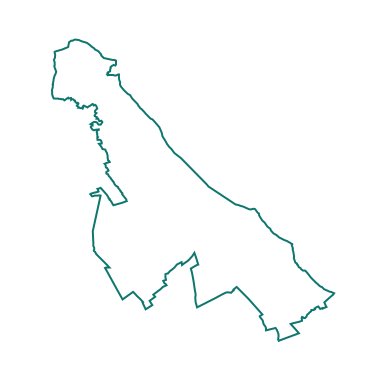 the district of Todiresti, Iasi, Romania, rotated 7°
{"feature_id": "2599482B85852318725472", "entity_name": "Todiresti", "entity_type": "district", "adm_level": 2, "iso_a3": "ROU", "parent_name": "Romania", "parent_adm1": "Iasi", "projection": "equal_earth", "projection_center": [26.831, 47.342], "detail": "fine", "context": "isolated", "style": "outline", "palette": "teal", "viewbox_px": 384, "rotation_deg": 7, "n_neighbors": 0, "source": "geoboundaries", "source_scale": "gbopen_adm2", "svg_char_len": 5887}
<svg xmlns="http://www.w3.org/2000/svg" viewBox="0 0 384 384"><g transform="rotate(7 192 192)"><path d="M136.2,307.1L145.7,298.3L148.8,300.8L150.0,301.9L152.9,304.0L153.5,304.4L156.8,307.2L156.3,307.6L160.3,314.1L166.4,309.1L163.2,305.2L168.2,300.5L166.1,298.6L172.7,292.2L174.2,290.3L174.6,289.8L178.1,287.7L177.2,286.6L175.7,285.9L174.3,283.7L176.9,282.4L176.0,279.8L175.8,278.1L175.7,276.7L176.6,276.2L177.9,275.9L180.0,272.9L181.1,272.0L183.8,269.1L186.0,265.7L190.2,262.9L191.0,265.7L193.0,263.7L195.9,261.2L197.0,260.0L200.0,255.8L201.8,252.1L204.4,257.4L207.0,263.3L206.3,263.5L205.3,264.2L200.2,268.1L201.8,272.1L203.0,275.8L204.4,280.3L206.6,288.4L207.6,291.5L208.2,294.0L208.1,296.1L208.2,296.9L209.0,300.8L211.1,305.9L228.5,294.2L234.5,289.9L238.1,287.6L239.8,287.2L243.2,287.2L244.7,284.9L245.1,284.9L245.6,284.1L245.6,283.5L245.4,283.4L247.9,280.8L261.0,291.1L276.8,305.0L274.4,307.0L274.5,307.3L275.3,308.4L277.5,310.5L278.0,311.3L278.8,313.6L279.8,315.2L281.1,316.4L281.5,316.9L282.2,318.7L282.3,320.3L291.5,316.8L292.9,318.4L294.5,321.1L295.1,322.5L295.5,324.7L295.4,326.2L295.6,327.2L295.4,327.8L295.8,328.3L296.2,329.1L315.3,319.2L311.2,315.4L306.0,311.0L307.6,310.2L314.5,307.6L316.9,306.4L316.7,305.2L316.2,304.2L316.2,303.6L316.5,302.6L317.9,303.0L318.4,303.5L319.5,303.4L320.8,301.8L321.0,300.5L321.5,299.4L322.5,298.6L323.2,297.3L324.3,296.4L324.8,295.8L324.9,294.5L326.8,294.5L328.4,293.4L327.9,292.6L329.9,291.0L331.3,290.2L333.5,292.5L335.6,291.3L335.9,291.8L339.5,289.7L338.7,288.7L336.8,285.4L341.6,279.9L343.7,277.6L344.2,277.2L345.4,275.2L342.5,274.3L340.6,274.1L334.8,272.3L332.5,270.4L331.4,270.3L329.9,269.6L328.2,268.2L326.1,266.9L320.5,262.5L317.5,259.4L314.1,256.3L313.3,256.3L311.8,256.5L309.7,255.3L308.9,254.2L307.3,253.6L306.8,253.3L306.5,252.3L306.3,251.9L305.2,251.3L305.0,251.0L305.2,250.8L305.0,250.5L304.6,250.0L303.4,249.6L302.9,249.0L302.6,248.1L302.2,247.5L301.1,245.0L301.2,243.7L300.2,240.1L298.8,236.3L299.0,235.9L299.0,235.5L297.6,232.9L297.6,232.2L297.9,231.7L297.8,231.4L296.8,231.2L295.4,230.3L294.2,230.0L292.6,229.2L289.4,228.4L284.1,226.5L281.0,224.4L278.0,223.2L275.2,220.8L274.2,219.0L271.1,217.2L267.6,213.3L265.4,211.9L262.8,208.8L261.4,206.9L261.4,206.0L260.9,205.1L260.2,204.9L259.0,203.8L256.8,201.4L256.0,201.1L254.9,201.2L252.7,202.1L251.0,202.2L244.0,200.1L242.6,200.0L239.1,199.2L236.8,199.1L207.6,184.5L205.9,182.8L176.9,159.7L169.8,155.5L166.1,151.6L163.6,149.8L162.7,148.7L161.7,147.8L159.4,144.6L155.9,140.3L154.8,137.0L151.7,131.7L147.0,127.4L144.0,124.8L141.9,124.2L136.1,119.6L134.9,118.4L131.8,115.8L130.6,115.3L129.5,114.0L128.5,113.2L127.8,112.1L127.1,111.2L121.2,106.5L118.8,103.4L116.2,102.4L111.6,98.9L108.7,96.1L107.7,94.8L107.4,93.9L107.3,91.7L106.1,89.7L105.4,86.5L105.3,84.7L105.1,84.2L104.0,84.6L102.6,85.5L101.7,85.8L101.1,85.8L99.5,85.5L95.1,86.0L94.1,86.4L93.4,85.6L94.3,85.1L94.4,84.8L94.3,84.4L93.7,84.0L93.7,83.7L96.0,82.2L95.8,80.1L96.2,79.3L95.9,78.1L96.9,76.8L98.7,75.5L100.5,75.8L101.0,74.7L100.6,70.9L100.1,70.7L98.5,70.4L97.0,70.6L88.1,69.8L85.3,67.6L85.0,66.5L81.8,63.6L78.6,62.5L78.2,62.3L77.8,61.7L77.3,61.3L74.9,60.1L72.8,58.6L69.6,56.8L67.5,56.4L64.8,56.0L60.8,54.9L59.5,55.0L57.5,54.9L56.6,55.3L55.0,56.4L54.3,56.4L53.7,56.6L51.8,58.2L51.5,60.9L51.5,63.0L51.4,63.2L46.0,66.3L39.9,68.9L38.6,69.6L38.7,70.5L39.5,72.5L39.6,75.5L38.8,77.7L39.8,79.7L40.3,83.2L40.1,83.4L40.0,84.0L41.0,86.2L41.9,87.8L42.6,89.3L41.9,92.4L41.4,93.3L40.9,97.1L41.0,98.5L40.8,99.9L40.9,101.0L40.7,101.5L40.6,102.1L40.9,102.3L41.0,102.8L40.9,103.6L41.0,105.3L40.6,108.1L40.9,109.2L41.3,112.0L41.9,113.6L43.3,116.0L45.7,115.9L47.6,115.6L48.6,115.8L50.3,115.6L50.8,115.9L52.7,115.6L54.2,116.6L57.6,113.5L58.4,114.2L60.4,113.5L60.8,115.2L61.6,114.4L63.1,114.6L63.8,115.4L64.7,115.5L64.9,116.0L64.8,116.4L67.1,118.1L67.8,117.4L68.4,117.8L68.5,118.2L68.2,118.8L67.2,120.5L68.9,121.4L69.4,121.8L69.2,122.1L69.9,122.0L70.8,122.4L72.2,122.2L73.3,122.6L73.7,121.5L73.2,120.6L73.8,119.6L74.1,119.4L77.9,120.8L78.3,120.2L78.8,120.0L79.1,119.6L80.3,118.9L82.4,116.9L82.8,116.8L82.9,117.2L84.1,118.1L85.2,117.3L86.2,117.9L86.8,118.8L87.8,120.8L86.9,121.7L85.9,123.3L85.9,124.4L86.1,124.7L87.5,125.3L87.3,125.5L86.0,127.8L86.0,128.2L86.3,128.6L88.5,129.4L88.3,130.9L89.9,130.6L91.3,132.9L92.6,132.7L93.4,132.3L94.5,133.6L93.2,136.2L91.0,136.5L89.3,134.7L88.2,134.3L87.3,134.4L86.6,134.3L85.3,135.0L83.2,136.9L85.1,137.2L85.0,137.7L85.2,138.0L85.2,138.3L84.2,138.4L83.6,139.6L83.6,139.9L85.6,142.2L87.2,142.7L88.0,142.3L89.2,141.8L91.4,141.5L91.8,141.2L91.9,141.4L91.8,141.9L91.2,142.0L90.3,142.8L90.1,143.8L90.1,144.1L90.8,145.5L90.7,146.1L91.1,146.9L91.3,148.7L92.0,149.0L91.4,150.2L91.9,151.8L94.4,151.4L95.7,152.3L96.5,154.4L96.5,154.9L93.8,155.5L96.6,158.3L98.0,160.3L100.8,160.5L101.0,160.7L101.4,161.8L102.8,163.6L103.9,166.5L104.0,167.9L104.5,169.6L104.7,170.6L106.0,171.4L106.5,171.8L106.7,172.3L104.0,173.4L101.8,174.7L102.6,175.3L103.1,176.1L103.3,177.5L103.7,178.2L104.7,178.4L106.3,180.5L106.5,181.0L106.2,181.3L104.6,182.4L104.6,183.3L104.7,184.0L105.8,184.6L106.6,184.7L107.3,186.1L110.0,188.5L110.5,189.5L111.3,189.9L112.1,191.1L112.4,191.1L112.8,191.4L114.4,193.9L115.6,195.0L117.6,195.9L117.5,196.1L121.2,199.9L121.1,200.2L121.4,200.5L122.8,201.4L123.1,201.8L122.8,202.3L122.9,202.7L127.7,207.4L127.9,208.4L128.3,209.0L123.8,211.3L115.7,214.7L115.4,214.2L115.1,214.2L113.2,211.6L111.9,210.2L111.2,209.8L111.4,209.4L111.3,209.1L110.1,208.6L109.7,207.5L107.6,205.0L100.8,199.0L99.1,200.0L97.8,200.4L99.2,202.9L98.1,203.5L95.5,204.4L92.2,205.8L91.3,206.5L93.2,208.4L94.1,208.3L96.2,207.3L97.1,207.4L100.7,206.6L101.7,206.7L98.3,243.0L100.3,254.7L100.6,257.5L101.5,258.9L101.8,259.6L101.9,260.9L101.7,262.2L101.9,262.5L103.1,263.2L104.6,265.4L117.4,275.4L117.6,275.8L119.2,277.0L116.9,277.4L115.8,277.4L114.9,278.0L116.0,279.3L130.3,299.1L136.2,307.1Z" fill="none" stroke="#0f766e" stroke-width="2"/></g></svg>